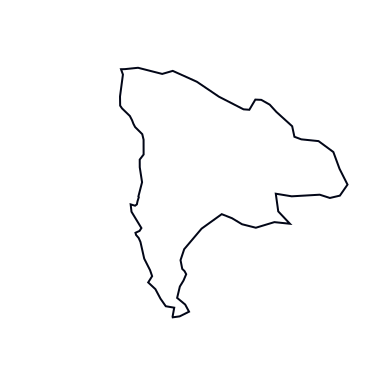 SVG path tracing the border of Ungheni, rotated 33°
{"feature_id": "MDA-1623", "entity_name": "Ungheni", "entity_type": "District", "adm_level": 1, "iso_a3": "MDA", "parent_name": "Moldova", "parent_adm1": "", "projection": "equal_earth", "projection_center": [27.914, 47.242], "detail": "fine", "context": "isolated", "style": "outline", "palette": "ink", "viewbox_px": 384, "rotation_deg": 33, "n_neighbors": 0, "source": "natural_earth", "source_scale": "10m", "svg_char_len": 1127}
<svg xmlns="http://www.w3.org/2000/svg" viewBox="0 0 384 384"><g transform="rotate(33 192 192)"><path d="M232.2,302.1L223.6,298.6L214.2,293.4L204.5,291.7L204.4,284.3L199.4,280.4L188.2,273.9L176.0,262.0L172.3,259.6L168.5,258.5L166.8,257.0L169.2,253.2L169.2,249.8L152.0,241.5L147.3,235.8L151.7,234.5L152.5,232.4L151.3,229.3L150.2,225.3L149.5,225.0L144.8,211.0L134.7,199.7L130.5,193.3L131.0,186.9L122.9,174.5L118.8,170.6L108.9,168.5L105.7,166.7L102.7,164.5L98.5,162.1L87.8,160.0L84.7,158.7L79.6,151.1L70.1,131.1L65.6,127.7L68.8,125.5L79.1,117.2L102.7,109.2L109.9,100.9L136.0,96.9L162.7,97.4L190.2,94.6L195.3,91.8L194.8,80.0L199.9,77.0L209.6,76.4L219.2,78.9L240.2,82.3L247.8,89.9L255.0,88.3L270.4,80.4L288.8,81.5L303.1,92.2L318.4,101.1L318.0,114.5L310.9,121.9L300.6,124.7L278.0,141.3L263.2,147.8L274.9,161.3L291.4,165.3L277.5,172.4L265.0,187.2L251.5,191.8L239.8,192.2L229.0,194.4L220.0,217.5L216.6,244.2L219.5,255.4L225.7,261.8L228.8,262.4L231.9,264.1L233.1,270.9L233.3,277.9L237.2,288.9L247.6,290.1L254.7,294.0L249.4,303.0L244.1,307.6L243.6,307.1L240.1,298.7L232.2,302.1Z" fill="none" stroke="#020617" stroke-width="2"/></g></svg>